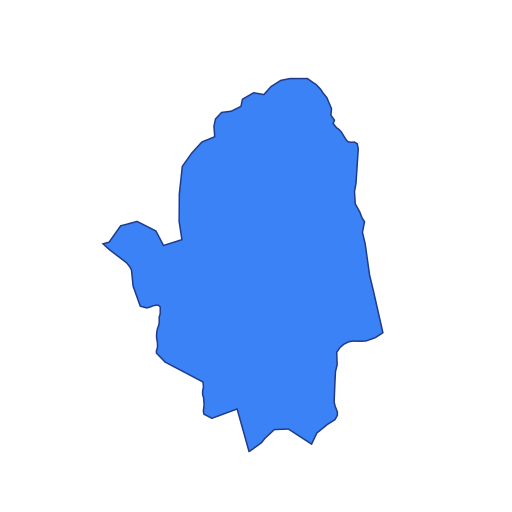 map outline of Ha (orthographic projection), rotated 22°
{"feature_id": "BTN-2435", "entity_name": "Ha", "entity_type": "District", "adm_level": 1, "iso_a3": "BTN", "parent_name": "Bhutan", "parent_adm1": "", "projection": "orthographic", "projection_center": [89.122, 27.35], "detail": "fine", "context": "isolated", "style": "filled", "palette": "blue", "viewbox_px": 512, "rotation_deg": 22, "n_neighbors": 0, "source": "natural_earth", "source_scale": "10m", "svg_char_len": 1658}
<svg xmlns="http://www.w3.org/2000/svg" viewBox="0 0 512 512"><g transform="rotate(22 256 256)"><path d="M109.6,302.0L114.6,298.2L119.2,278.7L132.8,268.5L153.8,270.3L166.3,280.9L181.2,268.6L171.8,252.8L161.7,227.3L154.1,200.5L157.9,184.6L163.1,170.6L173.0,160.9L171.3,157.3L168.4,151.4L167.1,144.2L170.3,135.8L178.8,131.0L186.0,122.9L184.7,115.7L192.7,105.5L202.8,103.4L206.5,93.2L213.2,83.9L220.9,78.8L237.2,72.2L243.5,73.7L245.6,74.1L247.8,74.6L253.6,77.3L256.7,79.5L262.3,82.6L270.8,91.1L272.7,97.4L277.9,100.7L277.9,104.3L282.6,106.9L285.3,107.5L288.6,109.0L295.9,114.4L297.6,115.3L299.8,115.4L301.9,114.8L304.6,113.5L307.8,114.0L310.7,118.4L321.5,151.3L323.2,159.4L328.5,170.5L335.7,176.3L339.9,180.8L343.8,183.6L345.8,194.1L352.6,203.7L368.5,231.2L377.6,243.9L402.4,279.6L397.3,286.9L390.0,293.4L386.2,295.3L377.5,298.7L374.0,300.9L370.6,304.8L368.2,309.3L366.9,315.0L372.0,326.5L373.0,333.5L378.3,348.6L383.2,362.2L385.7,365.7L389.9,370.1L391.1,373.4L390.5,378.2L385.3,385.4L378.7,397.4L378.0,409.6L350.8,404.3L338.0,410.1L332.5,421.9L331.0,427.1L323.3,439.3L322.7,439.8L295.8,404.9L275.9,423.0L267.0,422.2L265.3,419.6L263.8,413.9L262.7,411.5L261.6,409.3L260.5,407.0L258.9,405.2L257.9,403.3L257.1,401.2L256.4,397.3L254.1,392.7L211.4,388.4L200.0,383.3L199.1,380.9L199.1,378.6L198.3,376.0L197.1,373.4L194.3,368.8L193.1,365.7L192.3,362.8L191.9,360.4L191.8,358.8L191.8,357.5L191.7,356.1L191.3,354.4L190.3,351.7L189.1,348.9L188.9,345.7L186.4,339.3L184.5,338.3L182.5,338.6L178.9,340.9L177.5,342.5L174.1,345.1L167.5,345.9L153.3,329.9L145.8,315.6L143.0,313.3L138.6,310.8L117.5,305.0L109.6,302.0Z" fill="#3b82f6" stroke="#1e3a8a" stroke-width="1.5"/></g></svg>